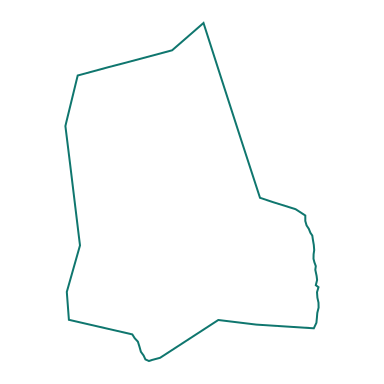 the district of Soledade, Paraíba, Brazil
{"feature_id": "56859067B64249841036450", "entity_name": "Soledade", "entity_type": "district", "adm_level": 2, "iso_a3": "BRA", "parent_name": "Brazil", "parent_adm1": "Paraíba", "projection": "equal_earth", "projection_center": [-36.314, -7.087], "detail": "fine", "context": "isolated", "style": "outline", "palette": "teal", "viewbox_px": 384, "rotation_deg": 0, "n_neighbors": 0, "source": "geoboundaries", "source_scale": "gbopen_adm2", "svg_char_len": 785}
<svg xmlns="http://www.w3.org/2000/svg" viewBox="0 0 384 384"><path d="M313.8,328.3L316.4,322.8L316.9,317.8L317.3,312.9L318.6,307.6L318.5,302.7L317.4,297.7L317.0,292.2L318.5,287.2L315.8,285.2L317.1,280.0L316.6,275.9L315.3,269.8L315.8,266.1L314.4,262.3L313.5,258.8L313.6,254.2L314.2,250.1L313.8,245.0L312.8,239.1L312.3,235.6L310.4,232.8L308.8,228.8L306.6,225.5L305.3,221.0L305.3,215.5L295.6,209.2L272.9,202.1L260.0,197.8L240.9,139.1L221.1,77.8L203.5,23.0L172.1,50.3L123.0,63.4L108.3,67.2L77.7,75.5L66.2,122.6L65.4,126.1L70.2,164.9L78.9,236.6L80.0,245.4L66.8,291.9L68.9,319.8L132.3,334.4L134.7,338.2L137.9,341.7L139.5,346.8L140.9,351.8L143.6,355.5L145.4,359.4L148.9,361.0L151.9,360.0L160.1,357.8L218.3,320.0L256.3,324.6L313.8,328.3Z" fill="none" stroke="#0f766e" stroke-width="2"/></svg>